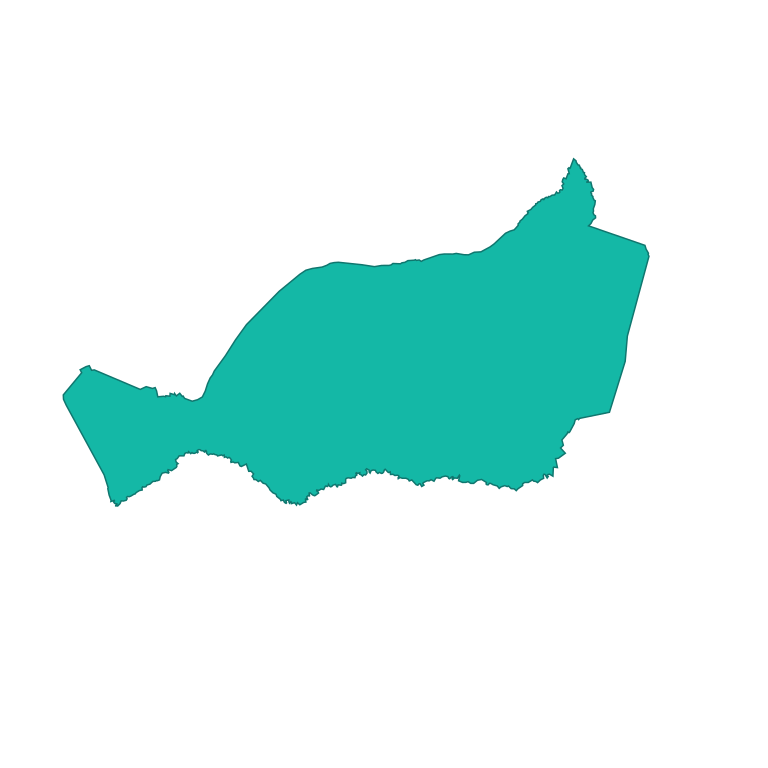 the district of Chuen Chom, Maha Sarakham, Thailand, rotated 240°
{"feature_id": "78962969B88411393036982", "entity_name": "Chuen Chom", "entity_type": "district", "adm_level": 2, "iso_a3": "THA", "parent_name": "Thailand", "parent_adm1": "Maha Sarakham", "projection": "albers", "projection_center": [103.14, 16.548], "detail": "fine", "context": "isolated", "style": "filled", "palette": "teal", "viewbox_px": 768, "rotation_deg": 240, "n_neighbors": 0, "source": "geoboundaries", "source_scale": "gbopen_adm2", "svg_char_len": 6150}
<svg xmlns="http://www.w3.org/2000/svg" viewBox="0 0 768 768"><g transform="rotate(240 384 384)"><path d="M484.2,660.8L477.9,653.2L477.9,652.6L478.8,652.3L478.5,650.9L473.6,649.6L474.1,648.4L470.7,644.3L472.6,642.7L471.8,641.2L470.0,639.4L467.4,639.7L466.8,637.3L463.9,636.9L462.9,635.3L464.0,633.9L463.8,632.8L462.2,632.1L462.0,631.4L462.4,629.8L464.1,629.4L462.4,626.4L463.5,623.9L463.3,621.3L464.1,620.2L463.4,619.0L464.6,617.9L464.5,615.3L463.8,614.9L464.1,614.1L464.9,613.9L465.0,612.1L464.0,610.7L464.6,608.3L463.8,607.0L464.2,605.5L463.1,604.7L462.7,601.2L461.7,598.5L461.9,594.5L460.5,594.7L460.3,593.9L459.5,593.7L459.2,590.3L457.6,586.3L457.1,583.2L456.3,582.6L455.6,580.1L454.3,579.6L452.4,573.8L453.4,569.6L453.8,564.6L450.2,549.0L449.7,544.3L450.0,534.0L453.0,528.0L453.6,521.8L455.9,518.0L461.0,511.8L462.1,508.6L466.4,501.3L468.4,496.6L471.5,480.5L471.6,477.5L473.8,476.5L474.8,473.9L476.0,473.3L476.0,472.3L478.9,466.4L478.9,463.0L480.0,460.1L479.9,458.3L483.9,452.0L483.6,449.6L484.2,447.6L487.8,441.3L490.4,434.4L498.4,424.4L512.2,405.4L514.1,401.5L515.4,397.6L515.4,393.8L516.2,388.9L519.9,379.7L521.6,373.2L521.1,365.9L516.7,339.6L504.2,294.6L496.5,277.5L487.7,260.6L480.1,243.5L477.6,240.0L476.2,236.6L472.4,231.3L467.2,225.6L463.6,220.2L463.6,214.7L465.0,209.3L469.8,205.3L471.3,204.1L474.0,204.0L474.1,203.1L478.1,202.5L477.5,198.2L480.5,197.9L479.6,197.1L482.8,194.1L480.5,192.5L482.9,189.2L482.2,188.5L483.6,186.9L486.0,181.7L491.8,183.6L495.3,184.0L495.9,181.3L500.6,176.7L501.2,170.2L541.0,140.2L542.1,137.6L547.2,137.9L548.0,134.7L548.3,128.0L544.9,127.8L534.9,100.8L531.0,98.8L524.5,98.2L445.3,96.2L432.2,93.3L431.5,92.5L425.2,90.4L419.8,89.5L418.8,88.7L418.1,92.2L417.5,92.1L417.1,90.9L416.0,90.9L415.2,91.1L413.7,92.8L413.1,92.3L413.1,91.0L412.6,90.7L411.5,92.4L412.4,95.6L414.2,98.0L413.0,99.7L412.2,102.6L413.0,104.1L414.6,104.4L414.8,105.7L413.8,107.0L413.5,108.7L413.6,112.5L413.2,113.3L413.9,115.2L414.0,118.9L413.1,121.6L415.2,122.6L415.7,123.6L414.8,124.4L414.1,126.5L415.0,128.2L414.3,131.3L415.2,135.1L414.0,137.5L414.1,138.7L413.5,139.5L413.2,141.6L415.7,143.9L417.7,147.3L416.7,150.6L414.6,152.8L415.1,153.6L417.2,153.4L417.8,154.2L415.2,156.7L415.6,162.3L416.2,163.4L418.1,164.3L418.0,165.8L420.4,165.0L422.8,165.7L422.8,167.7L424.2,170.7L421.8,174.8L423.4,176.8L423.4,178.4L422.2,179.8L423.1,180.9L420.3,181.8L420.6,183.4L419.5,183.9L418.6,185.4L418.6,188.1L417.8,188.1L418.0,189.0L419.8,189.0L419.8,190.8L419.0,191.9L417.7,192.3L416.7,193.8L414.7,194.6L414.7,195.5L415.7,195.9L415.5,196.5L414.5,196.6L412.7,195.8L410.3,196.4L410.3,198.6L408.7,200.7L408.7,201.6L407.3,202.4L406.3,203.7L404.9,203.9L403.8,207.9L402.5,208.5L402.4,210.0L400.3,209.1L400.0,210.7L398.0,211.6L398.0,213.1L396.9,213.6L394.5,213.9L393.8,212.7L392.6,212.3L391.9,214.4L390.4,215.3L388.9,218.6L385.1,218.3L383.9,219.2L383.5,224.8L376.0,223.2L374.9,225.3L371.3,226.1L370.1,223.6L367.9,223.9L366.3,223.6L365.1,225.4L362.4,226.4L362.4,228.7L358.5,229.7L356.6,231.6L351.5,232.5L349.2,232.3L345.3,233.4L342.5,235.4L340.3,234.9L335.7,236.7L334.5,236.4L333.8,238.8L331.2,238.6L329.6,239.5L329.8,240.2L332.0,240.7L331.2,243.6L329.5,242.7L328.0,242.6L328.7,244.5L328.0,244.7L326.7,244.0L325.9,247.2L322.9,247.7L324.5,249.7L321.5,250.7L321.6,255.3L320.8,257.3L323.6,258.4L323.7,259.2L322.3,259.5L322.2,260.2L325.0,260.7L325.3,262.6L324.4,263.1L324.4,263.6L327.0,264.6L326.7,265.6L323.6,266.7L322.0,267.9L321.8,268.7L322.3,272.8L323.5,273.0L325.1,272.2L325.8,272.7L324.4,274.6L324.5,277.0L322.8,279.0L324.8,282.1L324.7,282.8L323.6,283.5L323.8,284.9L324.8,285.7L322.6,285.8L321.6,286.4L321.4,287.5L321.9,289.4L321.3,291.9L318.7,291.8L318.2,292.3L319.6,293.8L317.7,296.4L317.9,297.1L319.2,297.8L317.9,299.3L317.6,301.4L320.6,303.1L321.1,304.0L320.8,305.9L318.8,308.5L318.7,310.2L317.4,312.0L318.7,313.4L318.8,315.0L320.5,314.9L321.0,315.7L319.6,316.7L319.3,318.7L318.0,317.8L316.6,318.9L315.0,319.3L315.5,321.4L314.4,322.6L315.3,324.7L317.1,325.6L318.9,325.2L319.3,326.6L316.8,328.1L315.2,327.1L313.8,327.4L315.4,329.5L315.0,331.5L313.5,333.4L311.7,333.2L309.6,334.0L309.8,335.8L307.9,337.0L307.5,338.1L307.9,339.6L309.5,341.5L309.6,342.4L305.5,343.4L304.9,343.9L304.8,345.4L302.4,344.4L301.3,346.6L299.3,347.7L298.4,349.8L297.4,350.8L296.6,350.8L295.7,349.3L294.9,349.0L295.0,351.1L293.2,352.7L291.4,355.9L289.2,357.4L287.4,357.4L287.0,360.1L280.7,361.5L279.4,362.7L280.1,364.6L279.6,365.4L276.4,365.4L276.4,368.0L278.5,367.9L278.9,368.6L278.7,372.8L277.5,374.8L277.6,376.9L274.8,378.7L276.4,381.5L276.5,382.6L274.4,385.5L274.5,388.1L273.6,391.1L271.9,393.0L269.8,392.9L269.1,393.4L269.7,395.9L269.4,397.3L268.7,397.3L267.9,395.6L266.9,395.7L267.4,398.0L265.7,400.4L267.4,403.7L266.6,403.7L262.9,400.2L259.5,402.8L257.9,405.6L257.4,408.0L254.6,409.4L253.1,412.0L253.9,416.8L252.5,420.8L247.5,423.5L246.4,422.4L245.2,422.8L244.6,423.9L245.3,425.6L244.6,426.7L242.2,428.1L239.1,431.1L236.0,431.6L236.4,433.9L235.6,437.8L233.6,439.4L233.4,440.8L229.8,441.8L228.1,444.4L225.5,445.2L226.3,447.7L226.7,453.3L228.3,454.2L228.4,456.6L226.6,459.7L226.7,464.6L225.1,465.0L223.6,466.8L221.8,467.7L222.7,471.5L222.5,475.1L225.3,476.3L225.9,477.4L225.2,478.2L221.0,478.3L221.8,480.0L223.4,479.4L223.6,480.9L223.1,482.3L219.7,484.2L227.0,488.9L227.1,489.5L224.9,492.4L233.6,495.3L232.5,498.0L233.4,506.4L240.3,504.9L241.3,508.7L246.6,510.1L249.2,517.4L250.5,519.3L249.4,519.8L249.7,521.0L254.6,528.9L257.4,531.7L257.1,534.5L255.9,534.7L256.4,536.3L246.8,565.1L283.0,604.2L303.8,618.7L362.1,677.3L364.4,677.6L365.0,678.4L369.7,678.4L373.6,679.3L418.7,640.2L419.5,643.5L421.6,646.7L422.1,650.3L423.9,651.2L425.6,650.4L427.9,650.7L429.0,651.9L431.1,652.9L434.0,656.3L437.0,658.6L438.3,657.9L441.4,658.2L442.0,658.7L443.7,658.1L444.7,658.9L446.3,658.8L446.9,659.4L446.4,661.5L447.7,662.8L450.0,662.5L455.4,664.1L457.3,660.7L457.7,661.0L457.4,662.1L457.8,662.5L458.7,662.6L460.4,661.5L460.6,660.6L461.2,660.4L461.8,660.8L462.4,662.9L464.4,662.4L466.0,662.6L466.8,663.3L467.7,662.5L470.6,663.0L472.4,661.9L473.0,662.5L474.5,662.2L475.8,662.6L476.7,661.6L477.6,661.5L479.9,661.4L481.3,661.9L484.2,660.8Z" fill="#14b8a6" stroke="#0f766e" stroke-width="1.5"/></g></svg>